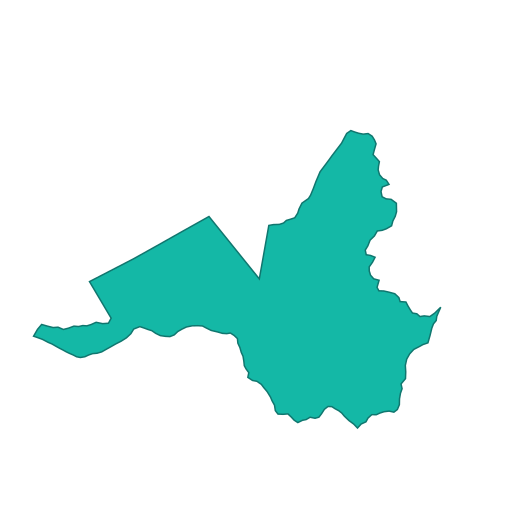 outline of Conceição de Macabu, Rio de Janeiro, Brazil, rotated 196°
{"feature_id": "56859067B82602417056719", "entity_name": "Conceição de Macabu", "entity_type": "district", "adm_level": 2, "iso_a3": "BRA", "parent_name": "Brazil", "parent_adm1": "Rio de Janeiro", "projection": "orthographic", "projection_center": [-41.847, -22.162], "detail": "fine", "context": "isolated", "style": "filled", "palette": "teal", "viewbox_px": 512, "rotation_deg": 196, "n_neighbors": 0, "source": "geoboundaries", "source_scale": "gbopen_adm2", "svg_char_len": 2835}
<svg xmlns="http://www.w3.org/2000/svg" viewBox="0 0 512 512"><g transform="rotate(196 256 256)"><path d="M409.0,185.5L378.1,156.3L379.3,150.7L384.8,148.7L391.4,148.2L395.7,144.6L399.4,142.2L403.3,141.4L407.1,139.3L411.7,138.4L416.3,135.0L420.9,132.3L426.7,133.0L431.3,131.3L437.2,131.1L443.2,131.1L445.8,125.3L447.7,117.6L443.9,117.4L438.2,117.0L432.0,115.7L427.9,115.2L422.6,113.9L419.1,113.1L415.5,112.4L412.1,111.6L408.6,111.0L404.6,110.5L400.7,109.7L396.9,110.0L392.7,112.0L389.6,114.7L386.2,117.1L382.0,118.7L377.9,121.3L374.1,125.2L370.6,128.7L366.6,132.8L362.2,136.9L358.0,141.6L354.9,146.8L353.4,152.1L348.2,156.1L343.5,155.9L339.7,155.6L335.5,155.5L331.1,154.0L326.0,153.1L320.9,153.8L316.5,154.8L312.8,157.7L310.4,161.8L307.0,165.3L303.3,168.6L298.1,171.3L292.6,173.0L288.2,174.0L284.5,173.2L278.6,172.1L271.9,172.4L266.9,172.4L262.7,173.3L259.4,174.9L255.1,173.6L251.1,171.5L249.4,167.2L246.2,163.5L243.6,159.3L240.8,156.0L238.6,151.3L237.0,147.3L234.3,144.6L230.8,141.9L230.4,137.1L225.1,135.4L220.7,135.8L215.5,134.1L212.2,131.6L207.9,128.7L203.2,124.4L200.7,121.3L197.1,117.7L194.8,112.7L191.3,110.1L186.3,111.3L181.8,113.0L177.7,110.9L174.1,108.7L169.9,107.4L166.0,110.9L162.7,112.6L159.6,115.9L154.5,116.3L151.1,118.4L149.5,122.5L148.0,127.5L145.3,131.2L141.5,132.1L138.0,131.0L133.8,130.1L130.3,128.7L126.9,126.4L121.2,123.4L115.8,121.4L111.0,118.6L108.6,123.5L104.6,126.9L103.7,131.0L101.0,135.4L96.6,136.6L93.7,139.1L90.0,141.6L85.3,143.6L80.4,143.9L77.8,147.4L77.2,152.6L78.7,158.3L79.3,163.9L79.0,168.7L81.3,173.0L78.5,179.3L80.1,185.8L82.3,192.0L82.7,198.5L81.3,204.3L78.6,209.7L73.8,214.2L71.1,216.9L66.8,219.9L66.8,227.5L67.1,235.2L66.7,239.7L65.0,243.6L65.6,247.9L65.1,251.9L64.3,257.7L68.5,250.3L72.2,245.7L77.8,244.8L81.7,243.0L85.5,244.8L89.9,244.3L93.0,246.9L96.3,250.0L99.2,253.1L104.9,251.9L107.2,255.4L112.2,258.0L118.1,257.9L123.5,257.6L128.3,256.4L131.0,259.2L131.0,266.6L136.5,266.5L140.6,269.1L143.0,272.8L144.2,276.7L142.3,282.1L141.2,287.6L146.0,288.1L150.4,287.6L152.6,291.8L151.3,296.5L150.7,302.7L147.7,307.9L146.3,313.5L141.9,315.4L138.3,318.0L134.0,322.4L134.1,327.4L133.1,332.5L133.1,337.3L135.6,345.4L141.7,347.7L146.7,346.8L151.1,347.7L153.6,352.4L153.6,357.2L147.9,361.5L151.7,364.8L155.5,365.4L159.6,368.1L162.3,372.4L163.0,376.2L163.4,380.7L167.3,383.2L171.4,385.7L171.5,390.7L171.5,396.9L174.1,400.2L177.4,403.2L182.0,404.6L186.5,402.7L191.2,402.3L195.4,402.4L199.4,402.7L202.6,398.8L203.8,393.2L204.8,388.2L207.3,381.8L210.7,373.1L212.0,369.4L214.1,363.8L217.6,354.7L218.3,349.0L218.9,344.1L219.5,336.3L220.3,329.5L221.4,325.7L226.4,319.5L227.6,313.1L227.7,308.7L229.3,303.4L233.1,300.8L236.6,298.6L238.6,295.3L242.3,292.8L247.9,291.0L252.1,288.9L246.5,234.9L312.1,281.0L334.9,258.0L355.0,237.6L373.0,219.5L409.0,185.5Z" fill="#14b8a6" stroke="#0f766e" stroke-width="1.5"/></g></svg>